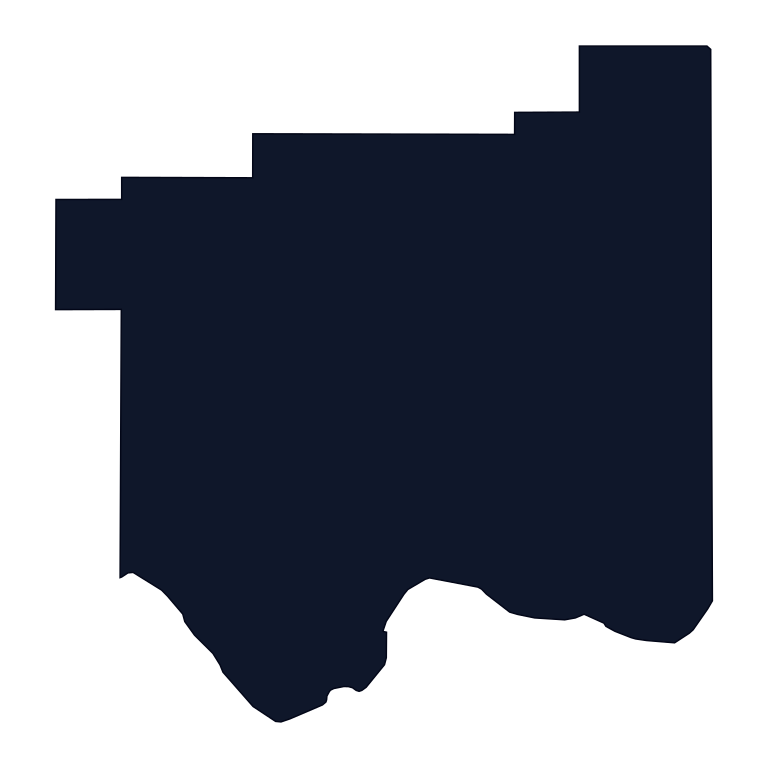 the district of Cotton, Oklahoma, United States of America
{"feature_id": "52423323B79195939570534", "entity_name": "Cotton", "entity_type": "district", "adm_level": 2, "iso_a3": "USA", "parent_name": "United States of America", "parent_adm1": "Oklahoma", "projection": "albers", "projection_center": [-98.393, 34.285], "detail": "fine", "context": "isolated", "style": "filled", "palette": "ink", "viewbox_px": 768, "rotation_deg": 0, "n_neighbors": 0, "source": "geoboundaries", "source_scale": "gbopen_adm2", "svg_char_len": 1050}
<svg xmlns="http://www.w3.org/2000/svg" viewBox="0 0 768 768"><path d="M56.0,199.5L55.6,309.6L121.3,309.4L120.1,577.6L121.7,577.0L127.9,572.9L133.1,572.4L161.6,590.1L167.4,596.0L182.8,614.1L184.8,621.6L194.5,635.1L212.9,653.4L220.0,664.8L223.0,672.2L253.1,706.5L275.6,721.4L281.0,721.9L289.8,718.9L322.5,704.9L325.9,702.0L326.6,699.8L326.9,696.1L329.2,691.8L330.4,690.2L333.8,688.5L343.8,686.5L348.4,686.6L352.5,687.7L355.1,689.6L356.2,690.4L359.1,691.3L361.8,690.4L366.1,687.3L384.5,664.7L386.3,657.7L386.5,632.2L383.6,631.6L383.0,630.9L386.2,621.4L403.9,594.3L407.8,589.5L425.1,579.3L429.5,577.9L477.9,587.1L481.6,589.1L486.4,594.1L509.7,612.1L517.6,614.4L534.7,617.9L564.7,619.8L575.4,617.9L584.1,614.2L603.9,623.1L606.0,626.4L615.0,631.3L631.1,637.6L635.6,638.9L646.5,640.5L674.6,642.8L689.3,633.2L693.1,629.8L707.6,609.0L712.4,600.8L711.5,376.0L711.2,221.8L710.7,49.4L707.0,46.1L579.4,46.1L579.4,112.1L514.7,112.4L514.6,134.4L252.8,133.8L252.7,177.8L121.7,177.4L121.7,199.4L56.0,199.5Z" fill="#0f172a" stroke="#020617" stroke-width="1.5"/></svg>